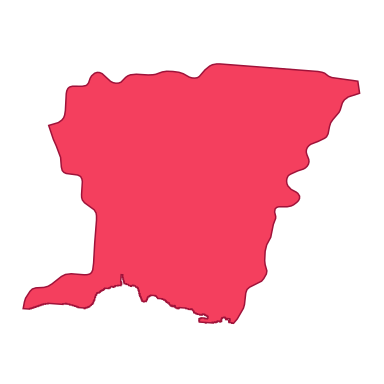 La Romana, La Romana, Dominican Republic (Mercator projection), rotated 4°
{"feature_id": "3306468B23578023399759", "entity_name": "La Romana", "entity_type": "district", "adm_level": 2, "iso_a3": "DOM", "parent_name": "Dominican Republic", "parent_adm1": "La Romana", "projection": "mercator", "projection_center": [-68.939, 18.464], "detail": "fine", "context": "isolated", "style": "filled", "palette": "rose", "viewbox_px": 384, "rotation_deg": 4, "n_neighbors": 0, "source": "geoboundaries", "source_scale": "gbopen_adm2", "svg_char_len": 5899}
<svg xmlns="http://www.w3.org/2000/svg" viewBox="0 0 384 384"><g transform="rotate(4 192 192)"><path d="M349.7,69.9L323.6,68.1L320.2,67.0L316.0,64.2L313.4,63.5L309.2,63.0L210.9,62.3L207.8,62.5L203.5,63.6L200.9,65.1L196.6,69.1L191.3,76.2L189.4,77.6L186.8,78.2L184.1,78.2L181.3,77.6L175.0,74.6L170.7,73.5L164.5,73.1L158.4,73.3L154.0,74.3L147.4,77.2L144.6,77.8L140.2,78.3L128.2,78.4L122.4,79.4L119.9,80.6L117.8,82.3L113.5,87.4L111.1,88.5L108.4,88.8L105.6,88.4L103.0,87.3L94.1,80.2L91.5,79.3L89.1,79.3L86.6,80.3L83.7,83.2L82.5,85.6L81.2,90.4L79.8,92.4L78.8,93.2L75.1,94.2L65.5,94.8L63.0,95.6L61.9,96.4L61.0,97.4L60.0,99.9L59.7,102.7L60.0,119.6L59.6,124.1L58.8,126.9L57.1,129.4L53.8,132.1L44.4,135.6L50.0,149.1L53.4,155.5L58.5,166.7L59.9,176.1L61.1,179.7L62.9,181.4L65.2,182.3L76.6,183.0L79.0,183.9L80.0,184.6L81.3,186.8L81.9,189.4L82.0,202.3L82.3,205.1L83.2,207.6L85.5,210.2L95.7,216.6L97.8,219.7L98.4,222.4L98.7,226.7L98.5,249.7L98.8,269.7L98.4,276.7L97.5,279.1L96.6,280.2L95.6,281.0L93.1,281.8L90.4,282.1L77.2,282.0L71.5,283.1L67.6,285.4L58.7,293.5L55.0,296.1L51.0,297.5L43.0,298.5L39.5,299.9L37.3,302.4L33.4,309.5L32.5,313.3L31.7,320.1L38.1,320.1L38.1,319.6L39.7,319.6L39.7,319.0L41.2,319.0L41.2,318.5L42.3,318.5L42.3,317.9L43.8,317.9L43.8,317.4L44.8,317.4L44.8,316.9L46.4,316.9L46.4,316.3L47.4,316.3L47.4,315.8L48.9,315.8L48.9,315.2L50.0,315.2L50.0,314.7L51.5,314.7L51.5,314.1L53.6,314.1L53.6,313.6L56.1,313.6L56.1,313.1L71.1,313.1L71.1,312.5L73.6,312.5L73.6,312.0L74.7,312.0L74.7,312.5L77.8,312.5L77.8,313.1L80.8,313.1L80.8,313.6L82.9,313.6L82.9,314.1L84.9,314.1L84.9,314.7L86.5,314.7L86.5,315.2L92.7,315.2L92.7,315.8L93.2,315.8L93.2,315.2L94.2,315.2L94.2,314.7L95.8,314.7L95.8,314.1L96.8,314.1L96.8,313.6L97.8,313.6L97.8,313.1L98.8,312.5L98.8,312.0L99.4,312.0L99.9,310.9L100.4,310.9L100.4,310.3L100.9,310.3L100.9,309.3L101.4,309.3L101.4,307.6L101.9,307.6L101.9,306.5L102.4,306.5L102.4,303.8L103.0,303.8L103.0,301.7L103.5,301.7L103.5,301.1L104.0,301.1L104.0,299.5L105.0,299.5L105.0,299.0L106.6,299.0L106.6,298.4L107.1,298.4L107.1,297.9L107.6,297.9L107.6,297.3L108.1,297.3L108.1,296.8L109.1,296.8L109.1,296.2L110.2,296.2L110.2,295.7L110.7,295.7L110.7,295.2L111.2,295.2L111.2,294.6L111.7,294.6L111.7,294.1L115.8,294.1L115.8,293.5L116.8,293.5L116.8,293.0L117.4,293.0L117.9,291.9L119.9,291.9L119.9,292.5L120.4,292.5L120.4,291.9L121.5,291.9L121.5,291.4L122.0,291.4L122.0,290.8L124.6,290.8L124.6,290.3L127.6,290.3L127.6,289.2L128.2,289.2L128.2,287.6L127.6,287.6L127.6,286.5L127.1,286.5L127.1,279.4L128.7,279.4L128.7,282.2L129.2,282.2L129.2,283.8L129.7,283.8L129.7,285.4L130.2,285.4L130.2,286.5L130.7,286.5L130.7,288.1L132.8,288.1L132.8,288.7L134.8,288.7L135.4,289.7L137.4,289.7L137.4,290.3L138.4,290.3L139.0,289.2L140.5,289.2L140.5,289.7L142.1,289.7L142.6,290.8L144.1,290.8L144.1,291.4L144.6,291.4L144.6,291.9L145.1,291.9L145.1,293.5L145.7,293.5L145.7,294.6L146.2,294.6L146.2,296.8L146.7,296.8L146.7,297.3L147.2,297.3L147.2,297.9L146.7,297.9L146.7,298.4L147.2,298.4L147.2,299.5L147.7,299.5L147.7,300.0L148.2,300.0L148.2,301.1L148.7,301.1L148.7,302.2L149.2,302.2L149.2,303.3L149.8,303.3L149.8,304.4L151.3,304.4L151.3,304.9L151.8,304.9L151.8,304.4L153.9,304.4L153.9,303.3L154.4,303.3L154.4,302.2L154.9,302.2L154.9,300.6L155.4,300.6L155.4,299.5L156.4,299.5L156.4,299.0L157.0,299.0L157.0,298.4L158.0,298.4L158.0,297.9L162.6,297.9L162.6,298.4L163.7,298.4L164.2,299.5L164.7,299.5L165.2,300.6L169.8,300.6L169.8,301.1L171.4,301.1L171.4,301.7L172.9,301.7L172.9,302.2L173.4,302.2L173.4,302.8L173.9,302.8L173.9,303.3L174.4,303.3L174.4,303.8L175.5,303.8L175.5,304.4L177.0,304.4L177.0,305.5L177.5,305.5L178.0,306.5L178.6,306.5L178.6,307.1L179.1,307.1L179.1,306.5L180.1,306.5L180.1,307.6L181.7,307.6L181.7,307.1L182.2,307.1L182.2,306.5L182.7,306.5L182.7,307.1L183.2,307.1L183.2,308.2L183.7,308.2L183.7,308.7L185.3,308.7L185.3,309.3L186.8,309.3L186.8,308.7L187.3,308.7L187.3,308.2L194.0,308.2L194.0,308.7L196.6,308.7L196.6,309.3L199.1,309.3L199.1,308.7L200.2,308.7L200.7,309.8L201.2,309.8L201.7,310.9L202.2,310.9L202.2,312.0L202.7,312.0L202.7,312.5L204.3,312.5L204.3,313.1L205.8,313.1L205.8,313.6L208.4,313.6L208.4,314.1L210.5,314.1L210.5,313.6L211.0,313.6L211.0,313.1L213.0,313.1L213.0,313.6L213.6,313.6L213.6,314.1L215.1,314.1L215.1,314.7L216.1,314.7L216.1,315.2L216.6,315.2L216.6,316.9L216.1,316.9L216.1,317.4L213.6,317.4L213.6,316.9L209.9,316.9L209.9,317.4L208.9,317.4L208.9,317.9L207.9,317.9L207.9,320.1L208.4,320.1L208.4,321.2L214.6,321.2L214.6,321.7L215.1,321.7L215.1,321.2L221.3,321.2L221.3,320.6L221.8,320.6L221.8,321.2L222.3,321.2L222.3,320.6L223.8,320.6L223.8,320.1L224.3,320.1L224.3,320.6L224.9,320.6L224.9,320.1L225.9,320.1L225.9,319.6L226.4,319.6L226.4,319.0L228.5,319.0L228.5,319.6L229.5,319.6L229.5,319.0L230.5,319.0L230.5,318.5L230.0,318.5L230.0,316.9L230.5,316.9L230.5,315.8L231.0,315.8L231.0,315.2L232.6,315.2L232.6,314.7L233.6,314.7L233.6,315.2L234.1,315.2L234.1,315.8L234.8,315.8L234.6,316.9L236.2,316.9L236.2,315.8L238.2,315.8L238.2,316.3L238.8,316.3L238.8,317.9L237.7,317.9L237.7,319.0L238.2,319.0L238.2,319.6L240.8,319.6L240.8,320.1L242.6,320.1L246.0,315.5L251.4,304.4L252.2,300.6L252.7,288.9L253.7,285.4L256.0,283.0L267.6,276.1L269.6,273.4L271.9,268.6L272.2,265.5L270.0,259.3L269.3,255.5L269.1,246.0L270.2,239.5L273.7,231.7L275.4,218.7L277.3,212.4L277.2,210.5L275.8,206.2L276.1,203.1L277.5,201.5L279.5,200.7L288.0,200.1L291.9,199.0L294.2,197.7L297.2,195.1L298.8,193.2L299.7,191.0L299.6,188.6L297.7,186.0L295.9,184.8L290.7,182.5L287.2,179.2L286.1,177.0L285.6,174.5L285.7,172.1L286.5,169.8L287.1,168.8L288.9,167.4L295.9,163.6L301.6,161.3L303.5,160.0L305.1,158.2L306.2,156.1L306.6,153.7L306.2,151.3L303.9,146.5L303.2,144.3L303.2,141.8L304.0,139.5L305.4,137.6L307.1,136.1L314.7,132.5L320.6,129.1L322.3,127.6L323.7,124.5L324.6,117.1L325.5,113.3L327.5,109.9L333.1,102.3L334.1,99.9L335.8,92.6L337.6,89.4L341.2,86.3L352.3,81.8L349.7,69.9Z" fill="#f43f5e" stroke="#9f1239" stroke-width="1.5"/></g></svg>